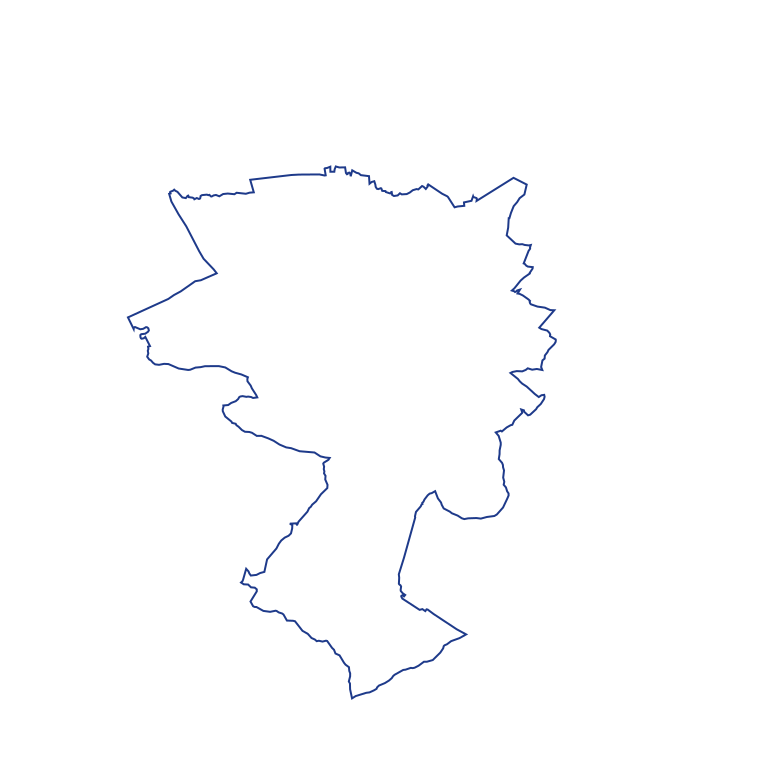 the district of Scorteni, Prahova, Romania, rotated 153°
{"feature_id": "2599482B36968704227514", "entity_name": "Scorteni", "entity_type": "district", "adm_level": 2, "iso_a3": "ROU", "parent_name": "Romania", "parent_adm1": "Prahova", "projection": "equal_earth", "projection_center": [25.859, 45.105], "detail": "fine", "context": "isolated", "style": "outline", "palette": "blue", "viewbox_px": 768, "rotation_deg": 153, "n_neighbors": 0, "source": "geoboundaries", "source_scale": "gbopen_adm2", "svg_char_len": 6166}
<svg xmlns="http://www.w3.org/2000/svg" viewBox="0 0 768 768"><g transform="rotate(153 384 384)"><path d="M490.6,643.1L490.0,628.5L488.6,614.2L488.4,586.2L487.9,577.5L483.7,563.4L482.8,558.6L500.1,559.6L505.6,561.3L523.1,558.8L530.8,558.6L537.6,557.7L581.9,559.6L582.1,546.6L581.2,548.0L580.0,547.8L576.3,543.4L573.5,542.5L570.2,542.7L569.3,542.0L568.7,540.6L569.2,538.5L570.5,537.7L573.9,537.2L577.7,538.6L578.9,538.2L579.7,536.4L579.8,535.0L579.3,534.3L577.2,533.8L575.3,534.3L575.3,532.9L575.3,524.0L577.3,524.4L578.0,522.2L579.4,520.8L580.1,518.3L582.6,515.8L582.1,512.5L580.9,510.7L580.2,507.8L579.0,505.4L575.7,503.2L570.8,501.8L567.0,499.6L559.9,491.0L552.1,485.4L550.2,484.7L544.5,484.2L539.8,482.3L535.3,481.1L522.9,474.8L517.9,470.8L514.0,464.5L511.6,461.7L506.8,457.3L502.2,451.8L503.5,450.5L504.4,448.4L503.5,443.1L503.7,440.1L502.9,432.1L503.0,429.6L507.0,431.0L508.4,432.8L510.8,434.5L512.4,435.0L515.5,437.4L517.7,438.1L519.0,438.0L520.8,436.8L523.9,436.0L528.7,436.5L532.4,436.0L536.9,437.8L537.3,436.7L539.3,434.5L540.0,432.9L540.2,427.1L537.0,419.8L537.0,418.3L534.2,415.9L534.2,414.3L533.0,412.0L531.5,407.5L529.6,404.6L525.8,402.4L523.8,400.5L520.9,395.5L516.8,393.5L511.8,388.1L508.1,383.5L504.6,377.5L499.9,371.9L495.9,369.0L489.7,362.4L477.0,354.5L473.5,348.4L469.6,345.1L466.0,342.8L467.9,341.7L473.4,341.2L474.3,340.6L474.9,337.5L476.3,335.5L476.8,333.2L478.0,331.6L477.8,328.7L479.7,325.6L480.1,319.8L481.8,317.0L490.2,314.4L497.8,310.3L502.8,309.1L505.0,307.8L507.0,307.4L510.2,305.0L522.7,300.1L525.0,298.2L525.4,298.1L525.5,298.5L524.9,298.8L524.8,299.4L530.6,302.0L530.9,301.7L529.8,299.8L531.4,297.0L534.7,293.1L537.9,292.1L542.2,292.2L546.6,291.2L550.2,289.4L554.5,286.3L567.8,280.8L575.9,270.9L580.2,271.8L584.3,271.8L589.6,273.8L590.0,276.4L589.8,278.5L590.7,281.9L598.4,273.6L599.7,272.5L601.5,272.0L599.9,269.2L596.1,267.0L594.8,263.2L591.6,261.2L590.6,258.8L591.5,257.0L601.7,250.8L601.5,245.4L600.5,244.1L598.9,243.2L594.5,236.6L588.9,232.7L583.5,231.2L582.7,230.5L581.5,228.3L578.9,225.7L578.2,224.2L577.9,217.3L572.5,214.3L571.0,213.0L568.7,201.1L565.3,195.9L563.9,190.6L561.6,187.7L560.7,185.4L558.6,184.8L555.7,182.4L552.2,181.6L551.3,180.8L550.1,172.5L549.2,169.9L549.6,165.9L546.8,162.4L546.2,153.8L545.7,151.4L543.8,147.6L545.2,144.1L545.5,141.6L546.9,138.9L550.4,134.9L550.3,132.6L552.8,127.4L555.2,118.4L550.9,118.8L540.0,116.9L536.9,115.8L531.9,115.6L529.0,115.8L527.9,116.8L525.4,117.6L519.0,117.1L514.2,117.5L510.6,118.4L508.5,119.6L506.6,120.1L496.7,120.5L494.5,119.7L489.0,118.9L487.4,117.8L485.5,117.3L481.1,117.3L474.5,118.4L472.0,117.1L465.9,115.9L455.8,119.1L451.3,121.6L449.8,123.3L448.7,123.7L446.1,123.5L440.9,124.4L432.1,123.3L424.5,123.6L430.6,132.5L444.2,156.5L447.5,163.2L448.4,163.9L450.3,162.9L452.0,166.0L454.8,166.6L465.1,184.5L465.1,186.8L464.6,187.4L463.1,187.3L462.6,185.7L460.9,186.4L462.3,189.0L463.0,191.8L462.7,192.9L460.7,195.8L460.7,197.1L461.4,198.6L461.4,199.3L458.4,204.5L457.2,207.7L445.0,220.2L416.8,250.9L416.5,252.0L413.6,255.5L406.8,258.3L405.2,259.6L404.2,259.6L403.9,260.7L402.3,261.2L400.4,262.7L395.6,265.0L393.1,265.6L391.0,265.1L387.1,265.3L387.9,257.6L387.0,252.5L387.4,250.2L387.3,246.0L383.3,240.4L382.2,238.0L378.1,233.3L375.6,229.0L373.8,227.2L370.0,226.1L362.5,222.6L358.8,220.1L352.7,218.8L345.6,216.3L342.7,216.5L334.0,219.9L326.1,226.0L323.6,228.1L322.7,230.0L323.0,232.5L322.3,236.5L323.1,239.9L321.2,242.3L320.3,246.5L316.3,252.5L315.7,255.8L314.8,257.9L314.6,260.1L315.8,265.0L312.9,269.0L311.1,272.4L307.6,276.8L306.6,278.8L305.4,285.7L306.4,290.1L301.2,289.4L300.5,288.2L294.4,289.6L289.8,289.8L288.2,289.4L284.5,292.3L274.1,295.5L273.7,296.1L273.3,299.0L271.3,297.0L271.7,295.7L269.9,290.7L267.7,290.3L259.9,292.5L258.0,293.7L253.4,295.0L248.3,297.9L246.7,299.7L246.2,301.6L248.8,302.5L252.0,302.1L254.2,306.7L258.0,316.9L260.7,321.6L261.8,324.7L262.4,327.7L266.3,336.4L264.1,336.4L259.8,335.2L255.1,332.5L251.3,332.2L248.8,332.7L245.5,329.5L241.0,328.0L236.6,324.6L236.3,327.8L232.1,333.1L229.4,333.7L227.7,336.4L224.0,338.1L221.9,339.7L214.4,342.1L212.2,343.4L211.3,344.5L210.8,345.7L214.4,351.2L213.4,352.7L213.4,354.6L214.3,357.5L218.8,361.5L220.1,363.7L198.8,372.4L202.2,374.3L206.0,379.0L212.1,383.3L216.9,388.3L217.2,389.4L216.9,391.2L216.2,391.7L216.8,393.6L220.1,399.9L222.3,402.8L223.9,404.0L220.0,406.4L222.9,406.9L224.2,406.4L225.5,406.5L225.8,407.4L227.6,409.2L224.3,410.1L215.4,414.1L210.9,415.3L203.9,416.3L203.8,416.8L199.2,419.4L198.4,420.6L202.5,423.3L203.5,424.8L204.1,427.2L204.8,428.0L194.7,437.0L192.4,438.2L191.8,439.5L190.1,441.2L192.0,441.7L195.5,444.0L197.3,445.8L200.1,447.0L203.1,449.4L207.2,460.7L202.4,466.9L197.6,475.1L197.0,474.8L193.2,478.8L187.7,483.6L182.8,485.6L178.8,488.0L172.9,489.1L166.3,496.9L175.0,508.9L218.4,505.1L217.2,506.8L217.2,507.7L219.5,510.1L219.4,510.8L222.9,507.5L230.3,509.5L231.6,506.3L237.7,508.7L240.9,509.4L242.1,521.6L242.5,522.6L245.8,527.1L254.0,541.8L255.1,541.2L255.3,540.2L258.2,538.8L259.2,541.8L260.2,543.1L265.1,541.8L266.5,542.9L270.4,543.6L274.0,542.9L277.5,542.9L282.1,544.9L283.2,546.7L286.2,545.8L289.8,547.0L290.9,548.8L290.0,551.6L290.5,551.7L291.1,550.9L292.0,551.0L295.2,554.2L295.1,555.2L297.9,556.9L297.6,559.4L297.9,559.9L300.7,560.3L301.7,561.2L301.9,563.5L301.2,565.5L300.6,569.1L303.3,569.6L306.0,569.0L303.0,576.0L309.8,580.6L310.9,583.2L312.7,584.7L315.3,588.8L318.8,584.8L319.1,585.0L318.6,586.7L318.8,588.0L320.1,588.4L321.1,587.6L321.8,587.7L322.1,589.3L320.3,594.7L325.5,597.2L328.2,599.7L330.5,597.7L331.9,595.7L335.4,597.5L333.2,602.0L336.6,602.3L338.6,603.0L339.2,602.8L341.2,596.4L342.2,596.7L346.5,600.1L364.5,609.1L371.7,612.3L410.5,626.7L413.0,613.9L416.9,615.5L420.7,616.2L428.5,621.3L431.1,621.0L436.7,624.6L441.1,626.3L445.5,626.0L447.9,628.7L450.2,629.4L452.4,629.3L453.1,629.8L453.7,631.8L454.8,632.0L455.8,633.1L458.8,634.3L460.4,634.9L462.0,634.8L463.4,633.0L464.1,632.7L464.9,632.9L466.4,634.7L469.1,634.7L469.1,635.6L469.9,636.9L473.1,639.1L472.9,640.7L473.6,640.8L476.2,639.6L479.0,641.8L480.8,649.0L482.2,650.9L482.7,652.4L484.2,652.0L487.2,652.3L487.6,651.9L487.7,650.7L489.1,651.0L490.6,643.1Z" fill="none" stroke="#1e3a8a" stroke-width="2"/></g></svg>